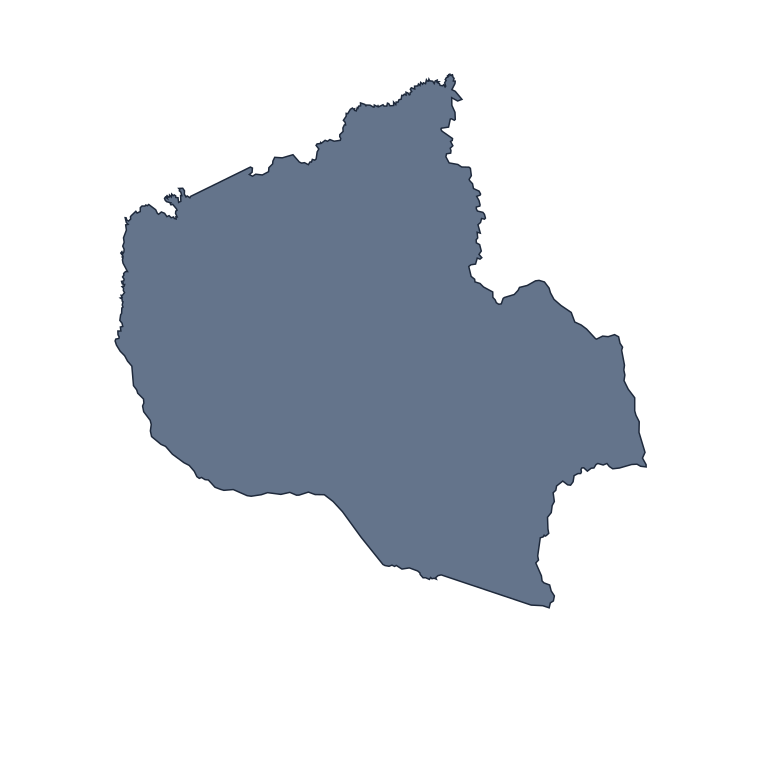 Snuol, Krâchéh, Cambodia, rotated 158°
{"feature_id": "14789045B73173825322549", "entity_name": "Snuol", "entity_type": "district", "adm_level": 2, "iso_a3": "KHM", "parent_name": "Cambodia", "parent_adm1": "Krâchéh", "projection": "equal_earth", "projection_center": [106.435, 12.231], "detail": "fine", "context": "isolated", "style": "filled", "palette": "slate", "viewbox_px": 768, "rotation_deg": 158, "n_neighbors": 0, "source": "geoboundaries", "source_scale": "gbopen_adm2", "svg_char_len": 6171}
<svg xmlns="http://www.w3.org/2000/svg" viewBox="0 0 768 768"><g transform="rotate(158 384 384)"><path d="M204.5,638.1L206.2,639.0L204.5,641.2L205.1,642.3L204.7,645.1L205.4,645.2L205.4,644.3L206.8,645.4L206.8,646.6L208.2,646.6L208.7,645.3L209.6,645.9L209.9,644.6L211.3,644.8L213.2,643.3L212.7,642.2L214.9,640.6L215.2,637.0L216.1,636.5L216.6,639.1L218.0,638.6L220.1,639.8L220.1,641.7L221.5,643.4L219.9,643.7L221.6,644.7L220.9,645.8L223.0,645.8L224.9,643.8L225.4,646.5L228.1,648.0L228.2,649.8L229.4,648.2L230.4,648.7L230.7,650.2L233.0,646.9L234.6,648.5L235.9,647.5L237.0,649.9L238.8,647.3L239.7,649.2L241.0,647.7L244.1,648.7L245.0,646.0L247.7,648.4L249.2,647.4L248.8,644.7L250.5,644.4L251.5,642.6L252.3,642.6L252.7,644.7L254.3,646.3L255.3,643.7L256.6,645.1L258.1,644.3L259.4,645.0L261.4,641.6L263.6,642.0L265.5,640.0L267.1,640.9L268.4,638.7L269.5,641.8L270.7,638.6L274.2,639.7L274.6,642.2L275.6,643.1L277.3,640.7L279.8,641.6L280.3,643.3L285.1,643.0L285.3,644.3L286.2,643.7L288.5,646.3L289.4,644.5L290.1,644.7L292.4,647.7L295.7,649.2L296.5,648.7L297.0,650.4L300.5,653.4L301.5,650.7L303.4,651.1L304.9,649.4L305.3,650.2L307.4,647.6L308.8,648.7L308.1,650.2L309.3,650.3L309.9,651.7L312.3,651.3L316.4,648.2L317.7,649.1L318.8,646.4L322.9,643.7L322.0,641.2L322.6,638.6L323.7,639.1L326.2,636.8L327.3,633.5L331.5,631.8L332.4,629.9L332.1,627.9L333.2,626.3L339.3,627.8L342.6,630.9L345.5,630.2L347.3,632.0L351.9,630.7L352.3,631.7L353.0,630.8L356.1,631.7L357.6,630.7L356.4,626.3L359.0,624.3L362.6,618.1L364.4,617.5L366.3,619.1L368.1,617.0L369.4,617.6L372.0,615.7L374.8,619.0L377.7,619.7L379.4,621.6L382.5,630.7L393.6,631.8L400.4,635.1L403.5,632.3L404.8,629.8L409.7,627.7L411.5,624.1L418.5,623.4L424.4,626.6L428.1,625.9L430.4,628.7L427.0,629.7L425.1,633.5L426.6,635.2L493.0,630.4L494.2,629.4L496.1,632.1L497.5,631.6L498.0,634.8L496.6,637.9L497.3,640.9L501.0,642.2L500.5,640.9L501.4,639.8L500.5,638.0L501.0,634.4L502.0,634.9L503.9,629.5L506.4,629.3L505.2,633.9L507.2,635.0L506.7,636.5L507.7,637.9L509.0,637.6L509.7,639.6L511.2,637.1L512.1,639.5L513.0,637.8L513.9,638.0L514.6,639.9L515.5,639.4L515.4,637.3L516.6,639.2L518.0,638.3L518.0,636.1L517.2,634.4L513.7,631.8L514.6,631.2L514.4,629.9L512.6,629.7L510.8,624.1L510.8,622.6L512.3,622.3L513.4,620.2L513.2,616.4L514.4,616.9L514.9,614.9L516.4,616.0L516.5,617.7L519.1,617.9L520.2,620.6L522.6,620.5L523.5,624.5L526.0,626.9L529.4,625.8L530.2,627.1L530.4,631.1L534.9,638.6L536.7,638.0L537.8,639.2L539.1,638.5L541.7,639.7L543.9,638.8L545.4,635.2L548.9,635.0L549.4,637.1L555.2,634.8L556.4,634.1L557.1,631.8L559.8,630.8L561.0,632.2L560.9,634.8L561.7,635.2L562.4,630.3L561.5,627.9L563.9,628.3L565.2,623.2L570.8,617.1L571.8,612.8L574.6,609.7L574.5,606.2L575.7,603.9L577.3,602.6L577.4,604.9L579.0,604.0L578.1,600.5L578.3,599.6L579.2,599.8L579.1,598.1L580.0,597.2L580.7,593.8L579.7,584.3L581.5,585.1L584.0,584.0L584.4,582.4L586.3,581.2L585.7,578.5L586.7,577.1L588.9,577.5L589.1,575.3L588.1,575.3L588.7,573.9L587.2,573.4L588.2,572.1L590.4,572.4L589.6,570.4L590.7,568.3L590.3,565.9L593.4,564.2L594.5,564.7L594.4,562.3L596.2,562.5L595.0,560.8L595.7,559.0L595.2,558.0L597.1,555.4L597.2,553.1L598.6,552.7L600.8,547.8L602.3,546.8L605.1,541.9L604.1,538.4L604.7,535.2L607.1,535.6L608.1,531.7L610.9,532.8L612.2,529.3L611.9,526.8L612.8,525.6L615.9,526.1L617.2,524.6L617.5,520.3L616.3,513.1L613.9,507.4L613.2,501.2L611.1,495.0L616.9,476.3L615.5,471.2L615.8,467.7L612.6,460.2L613.8,456.3L616.1,454.0L617.2,448.3L614.4,437.9L615.0,433.6L618.2,428.0L619.2,422.3L613.4,411.6L609.9,408.0L606.5,398.2L599.0,386.0L595.1,381.5L592.6,374.1L592.2,368.2L590.6,365.7L588.2,365.7L585.8,362.4L582.8,360.8L579.4,351.6L575.1,347.6L572.3,345.4L563.3,342.6L552.8,331.8L549.2,329.7L539.2,327.3L532.7,326.9L521.0,320.3L511.9,318.8L506.8,313.7L504.3,312.8L494.6,312.1L489.3,307.3L480.8,303.7L475.2,294.1L470.3,281.1L462.6,250.3L452.6,217.1L451.1,215.3L447.6,213.1L444.5,213.1L442.5,210.9L440.6,211.2L436.7,205.7L429.4,204.0L422.9,198.1L421.5,195.5L421.8,193.8L420.4,189.7L418.0,188.8L415.1,185.8L413.2,187.1L412.5,185.5L410.3,185.1L408.6,183.5L408.7,185.0L405.8,186.1L402.5,185.6L330.4,123.9L319.9,119.0L314.7,114.6L311.8,118.7L308.2,119.4L305.4,123.7L306.5,129.5L305.7,135.6L310.2,139.7L311.2,142.2L309.9,147.2L310.3,161.2L306.7,162.9L305.9,167.0L296.7,182.9L293.7,182.6L292.2,183.8L291.6,182.6L290.2,182.7L287.2,183.8L286.3,188.2L282.3,199.2L277.1,202.1L273.6,208.3L270.1,211.2L267.9,219.8L264.5,221.1L262.2,224.8L254.6,227.0L251.5,221.7L248.9,220.3L245.3,222.5L242.1,227.8L237.7,228.3L235.2,227.3L233.9,228.5L233.4,231.0L231.9,232.1L230.2,231.5L228.1,227.0L223.4,228.3L220.8,227.5L217.6,229.9L215.5,230.2L211.1,226.8L207.1,226.8L206.0,223.1L203.7,219.7L197.1,217.9L184.5,216.6L179.5,214.9L176.9,211.6L172.0,208.9L171.2,211.1L172.1,218.5L167.6,222.8L165.7,243.6L161.5,253.4L162.1,260.6L161.6,265.2L156.7,277.3L159.5,287.7L160.2,297.2L157.3,302.1L156.4,307.1L154.0,311.3L151.0,326.3L149.0,328.8L149.9,333.3L148.8,339.9L151.7,343.4L158.4,343.9L163.3,346.5L170.1,346.0L170.9,346.8L175.6,359.1L179.1,364.9L183.9,370.0L183.6,380.2L190.5,390.5L194.7,398.8L195.5,406.2L195.0,411.1L197.0,418.5L201.4,422.0L204.9,422.9L214.3,421.7L222.2,422.8L224.6,420.6L229.7,418.2L240.0,419.1L241.5,418.7L245.2,414.4L247.7,414.9L249.4,417.3L249.4,420.3L250.6,423.5L248.7,428.6L255.4,436.7L257.3,441.2L261.4,444.6L260.7,447.2L262.9,451.1L261.4,461.2L258.8,462.0L254.2,460.9L250.4,465.8L248.2,463.8L246.0,464.5L247.4,468.6L244.0,470.8L243.1,477.4L245.5,480.3L244.5,483.2L242.4,484.3L240.8,489.8L238.2,487.8L237.2,496.5L234.0,497.6L231.5,500.9L229.1,499.2L227.8,499.8L227.3,503.7L228.0,506.1L232.6,509.4L232.8,511.9L232.1,513.5L228.5,513.1L227.8,514.1L227.2,518.5L227.8,523.3L224.2,523.1L223.3,523.9L223.6,527.2L227.8,531.7L226.9,536.5L228.4,540.6L228.4,541.9L225.0,544.4L223.1,551.6L224.0,553.2L230.7,556.1L233.3,559.9L240.8,564.6L241.5,571.5L239.8,574.0L235.7,573.1L234.5,575.2L234.3,577.8L230.9,579.1L231.4,584.0L229.5,584.2L228.5,585.9L235.5,596.7L235.8,599.0L235.0,599.7L227.9,598.0L223.3,604.8L222.1,604.6L220.0,602.2L218.8,602.6L216.4,609.3L216.7,616.9L214.0,624.1L209.7,618.8L205.1,618.7L208.3,628.7L210.8,631.5L205.7,635.9L204.5,638.1Z" fill="#64748b" stroke="#1e293b" stroke-width="1.5"/></g></svg>